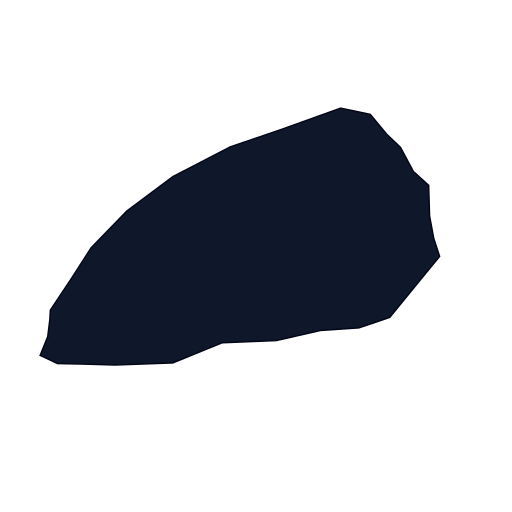 Hofors, Gävleborg, Sweden (Mercator projection), rotated 292°
{"feature_id": "70781695B62100483486123", "entity_name": "Hofors", "entity_type": "district", "adm_level": 2, "iso_a3": "SWE", "parent_name": "Sweden", "parent_adm1": "Gävleborg", "projection": "mercator", "projection_center": [16.413, 60.511], "detail": "fine", "context": "isolated", "style": "filled", "palette": "ink", "viewbox_px": 512, "rotation_deg": 292, "n_neighbors": 0, "source": "geoboundaries", "source_scale": "gbopen_adm2", "svg_char_len": 545}
<svg xmlns="http://www.w3.org/2000/svg" viewBox="0 0 512 512"><g transform="rotate(292 256 256)"><path d="M324.4,426.4L338.9,414.2L358.2,401.9L386.2,389.6L393.3,370.3L410.8,349.3L417.8,331.7L430.1,308.9L424.8,279.1L381.0,230.0L347.6,191.3L298.5,149.2L249.4,119.4L202.0,100.1L165.1,93.1L128.8,85.6L120.1,88.6L103.2,93.1L83.0,93.1L82.9,95.3L81.9,112.2L90.9,135.8L102.1,166.1L125.7,218.9L162.8,257.0L185.2,306.5L211.0,343.5L227.9,378.3L245.1,398.3L249.2,403.0L296.7,417.7L324.4,426.4Z" fill="#0f172a" stroke="#020617" stroke-width="1.5"/></g></svg>